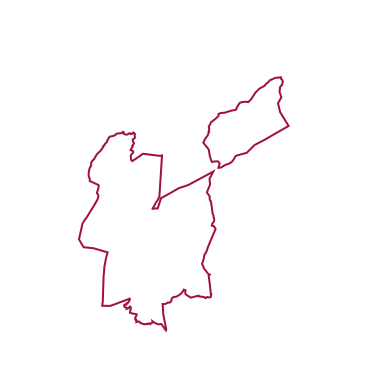 the district of Almoloya de Alquisiras, México, Mexico, rotated 232°
{"feature_id": "50627088B93704766177629", "entity_name": "Almoloya de Alquisiras", "entity_type": "district", "adm_level": 2, "iso_a3": "MEX", "parent_name": "Mexico", "parent_adm1": "México", "projection": "natural_earth1", "projection_center": [-99.868, 18.807], "detail": "fine", "context": "isolated", "style": "outline", "palette": "rose", "viewbox_px": 384, "rotation_deg": 232, "n_neighbors": 0, "source": "geoboundaries", "source_scale": "gbopen_adm2", "svg_char_len": 5924}
<svg xmlns="http://www.w3.org/2000/svg" viewBox="0 0 384 384"><g transform="rotate(232 192 192)"><path d="M275.0,182.3L274.7,181.5L274.8,180.9L274.9,180.7L275.1,180.5L275.3,180.1L275.3,179.5L275.4,179.3L275.8,179.3L276.2,179.3L276.7,179.1L276.9,178.8L277.0,178.4L277.0,177.7L277.0,177.4L277.0,176.9L277.1,176.4L277.4,176.0L278.4,174.9L278.9,174.6L279.3,174.2L279.9,174.2L280.4,174.1L280.7,174.3L280.8,174.6L281.0,174.9L281.4,175.1L281.6,175.0L281.8,174.9L282.0,172.1L282.2,171.8L283.0,170.8L283.9,169.3L284.4,168.5L284.4,167.7L284.2,167.1L284.1,166.6L284.3,165.9L284.3,165.4L284.4,165.0L284.8,164.6L284.8,164.1L285.0,163.6L285.7,162.5L286.2,161.4L286.2,161.1L286.1,160.7L286.1,160.2L286.1,159.9L285.9,159.4L285.5,159.0L285.3,158.7L285.0,158.0L285.0,157.4L283.7,155.4L283.6,154.6L283.5,153.3L283.4,152.8L283.3,152.5L282.9,152.0L282.7,151.7L283.0,150.7L282.9,150.3L282.5,150.1L282.2,149.9L282.1,149.5L281.8,148.8L281.0,145.8L280.8,145.1L280.5,142.5L280.4,140.9L280.2,140.1L279.2,137.5L278.7,136.2L278.3,135.6L278.1,134.8L278.0,132.9L277.8,132.2L277.5,131.4L277.0,130.5L275.7,129.4L275.1,128.9L274.6,127.7L274.4,127.6L274.2,127.3L274.0,126.5L272.7,124.5L271.3,123.0L270.6,122.3L269.9,121.7L269.1,121.1L268.3,120.5L267.0,119.9L265.8,119.7L265.3,119.5L264.5,119.0L263.7,118.2L262.8,118.6L255.5,122.4L254.6,122.6L254.1,122.3L253.8,121.8L252.4,120.3L249.8,116.4L248.0,116.4L247.0,116.3L246.1,115.4L244.4,113.1L243.9,112.0L241.0,104.8L240.6,103.5L236.7,93.1L236.4,91.5L235.2,88.1L234.7,86.5L224.3,73.8L215.2,72.6L208.4,79.7L196.4,88.3L195.5,87.1L192.1,82.7L186.9,76.8L182.3,72.7L182.0,72.3L180.3,70.7L162.1,55.5L161.5,55.1L157.6,51.2L153.1,56.8L152.6,57.5L151.7,60.4L151.3,61.2L149.6,66.9L149.1,68.2L148.8,69.4L148.6,69.7L148.1,71.5L147.2,74.2L146.4,77.2L145.8,77.1L145.7,76.4L145.0,76.0L144.5,74.6L144.1,73.2L144.4,71.8L144.5,71.7L144.2,71.5L143.9,71.4L143.7,71.2L143.7,70.9L143.9,70.8L144.2,70.0L144.3,69.8L144.6,69.7L144.7,69.2L144.4,68.7L143.6,68.2L142.7,68.3L142.2,68.4L141.3,69.0L140.2,69.4L140.0,68.9L139.6,69.9L139.8,70.8L139.9,71.0L139.5,71.7L139.9,72.6L139.3,72.9L138.2,72.4L138.1,72.1L137.7,71.6L137.1,71.3L136.8,70.8L136.7,70.4L136.2,70.0L136.0,69.7L135.0,68.8L133.8,69.6L130.1,72.7L129.5,73.1L129.2,72.7L128.4,71.3L128.3,70.8L127.7,69.7L127.1,69.1L125.9,69.4L125.5,68.7L124.2,69.1L123.7,68.2L123.4,68.9L123.3,69.3L123.2,69.7L122.9,69.9L122.5,70.5L122.0,70.6L121.6,70.8L120.6,70.6L120.3,70.7L119.6,71.4L118.8,71.8L118.2,72.3L117.6,72.7L117.2,72.8L117.0,73.1L116.9,73.6L116.3,74.2L116.0,74.7L116.0,75.3L115.4,76.1L115.0,76.1L114.9,76.4L115.1,76.8L115.0,77.0L114.8,77.1L114.6,77.4L114.1,77.6L114.1,77.9L113.6,77.9L113.7,78.3L113.7,78.7L113.4,80.0L114.0,81.0L114.6,81.3L111.6,82.1L108.3,84.2L106.7,86.6L99.0,86.2L99.5,87.1L113.4,94.1L121.8,99.9L120.5,101.5L119.9,103.2L119.8,104.8L119.5,105.1L119.1,105.9L118.5,106.4L118.8,108.6L119.4,109.1L119.9,109.8L120.0,110.1L120.4,110.3L120.8,111.9L120.6,112.5L119.3,115.0L118.7,118.0L118.8,120.5L118.7,121.3L118.7,121.6L120.0,125.5L119.1,125.6L118.6,126.4L116.3,124.3L115.3,124.0L109.6,125.9L106.3,133.2L106.2,133.1L105.9,133.0L104.9,133.6L104.5,134.0L104.2,134.5L103.9,134.8L103.6,135.3L103.2,135.5L102.8,135.7L102.2,136.5L101.8,136.8L100.7,137.0L100.3,137.2L100.0,137.4L99.9,137.7L99.9,138.2L100.1,138.6L100.0,139.0L99.8,139.3L99.6,139.7L99.4,139.8L99.0,140.0L98.7,140.3L98.2,140.7L98.0,141.1L97.8,141.8L97.8,142.3L98.0,142.7L99.8,143.9L99.8,144.1L100.0,144.0L108.1,149.1L115.8,153.6L115.9,155.1L117.6,154.4L118.7,154.3L120.2,154.4L121.4,154.5L123.4,154.3L125.0,154.5L126.6,155.1L129.2,155.7L131.1,158.7L132.1,160.0L134.7,163.0L136.2,166.8L139.4,171.7L145.2,182.1L148.3,187.8L149.4,188.1L151.9,188.1L153.3,186.9L154.7,188.7L155.1,190.6L155.6,191.7L157.0,192.8L158.6,193.4L160.7,194.7L162.0,194.8L173.0,201.2L173.8,201.0L175.7,201.6L177.2,202.9L178.7,203.4L181.1,203.3L182.6,203.6L186.8,210.9L191.6,213.9L195.0,221.4L199.8,193.4L203.2,183.7L204.9,171.6L206.2,163.8L200.1,154.8L200.6,154.3L201.4,153.3L202.9,150.7L203.1,150.6L204.1,153.0L206.0,157.4L206.6,159.5L206.9,160.3L207.2,160.9L208.0,162.5L208.4,163.4L239.3,190.9L239.9,189.3L252.3,176.9L253.0,164.6L253.1,164.0L254.6,163.8L255.7,164.3L258.6,166.3L259.3,169.9L260.2,170.7L262.9,169.5L263.1,170.4L263.6,170.8L263.8,171.2L264.3,173.3L265.3,173.5L265.4,174.3L265.6,174.7L265.9,176.1L266.2,176.3L268.4,176.7L269.7,177.5L270.0,178.1L269.7,179.0L269.7,179.5L269.9,180.3L270.5,180.9L272.4,181.9L272.8,182.8L275.0,182.3ZM216.3,231.4L214.7,231.1L211.6,229.4L209.9,228.4L206.7,227.2L205.3,226.6L203.4,226.2L202.6,227.8L202.2,228.6L201.1,230.1L200.2,231.3L198.7,231.5L197.4,231.4L194.8,227.7L193.5,229.7L193.1,232.1L193.1,233.0L193.0,233.8L192.5,236.0L191.7,238.1L191.5,239.1L191.2,241.1L191.2,241.7L191.9,244.7L192.4,246.0L192.7,246.7L193.3,247.8L193.4,248.4L193.3,249.4L193.1,250.0L189.2,259.3L190.5,270.2L188.5,281.0L184.6,308.8L200.6,310.6L209.0,314.4L211.6,320.7L217.2,322.7L218.8,324.5L219.9,325.3L220.7,326.7L220.7,327.3L220.9,327.8L221.0,328.4L220.9,329.1L221.7,329.7L222.2,330.3L222.6,331.0L223.1,331.5L223.9,332.0L224.4,332.1L225.3,332.0L226.6,331.9L226.9,332.1L227.2,332.4L227.5,332.8L227.7,332.7L228.0,332.3L228.3,331.4L229.0,330.3L229.6,329.7L230.8,327.5L231.1,326.6L231.1,325.5L231.3,324.7L231.6,324.2L231.7,323.4L232.1,322.5L231.8,320.5L231.5,319.4L231.7,317.5L231.3,315.5L231.0,314.9L231.2,313.4L232.0,308.5L231.2,303.0L228.7,295.8L228.2,291.8L230.4,289.5L232.8,285.2L232.5,283.4L231.1,279.6L229.8,277.3L230.3,275.9L231.1,274.8L232.3,272.0L232.7,270.9L233.6,268.7L234.4,266.5L236.5,263.3L237.2,261.1L235.7,259.7L235.3,257.0L235.2,252.5L235.3,249.9L234.3,248.2L234.1,248.1L234.0,247.7L233.9,247.4L233.7,246.5L233.3,245.5L231.7,244.8L231.5,244.6L231.1,244.4L230.9,244.2L230.7,243.8L229.5,242.5L229.3,242.4L229.0,242.6L228.8,242.6L228.8,242.4L229.0,242.1L227.5,240.3L227.3,239.8L227.2,239.7L226.8,238.9L226.2,236.4L226.0,236.1L225.8,235.1L223.9,231.3L216.3,231.4Z" fill="none" stroke="#9f1239" stroke-width="2"/></g></svg>